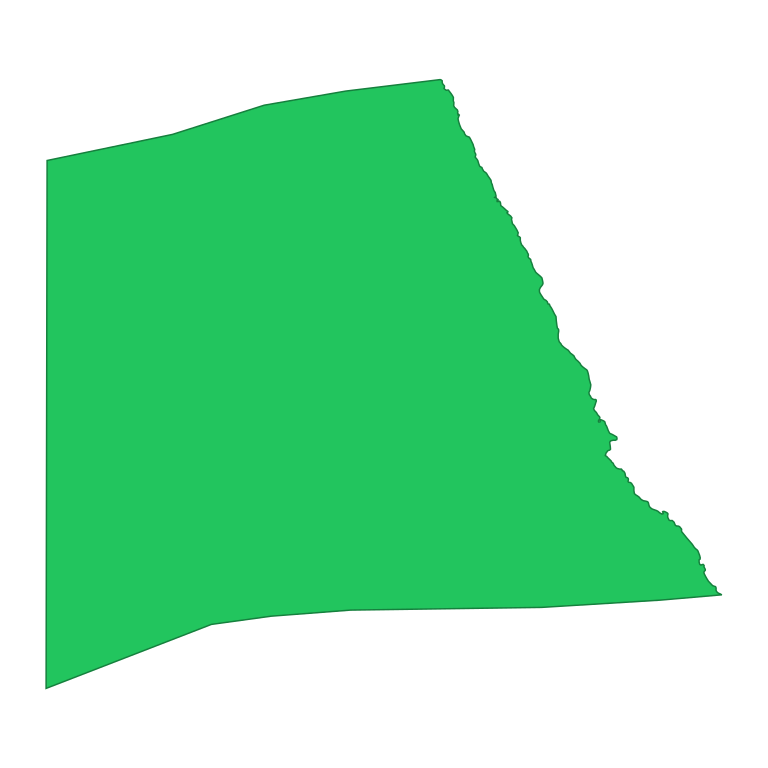 outline of Marsa Alam, Al Bahr al Ahmar, Egypt
{"feature_id": "37247803B19297711577028", "entity_name": "Marsa Alam", "entity_type": "district", "adm_level": 2, "iso_a3": "EGY", "parent_name": "Egypt", "parent_adm1": "Al Bahr al Ahmar", "projection": "orthographic", "projection_center": [35.034, 24.707], "detail": "fine", "context": "isolated", "style": "filled", "palette": "green", "viewbox_px": 768, "rotation_deg": 0, "n_neighbors": 0, "source": "geoboundaries", "source_scale": "gbopen_adm2", "svg_char_len": 4550}
<svg xmlns="http://www.w3.org/2000/svg" viewBox="0 0 768 768"><path d="M721.9,594.8L721.4,594.6L720.2,593.9L718.9,593.4L717.4,592.5L716.4,591.1L716.0,590.2L716.1,588.8L716.0,587.7L715.7,586.9L715.2,586.5L714.1,586.2L712.6,585.6L708.4,581.2L706.8,578.6L705.5,576.3L704.2,573.7L703.9,572.6L704.2,571.4L705.2,570.5L705.3,569.3L704.7,568.3L704.0,566.8L704.1,565.4L703.1,564.4L702.0,564.6L701.0,565.1L699.7,564.3L699.5,563.5L699.1,562.2L699.1,559.8L700.1,559.1L700.2,557.6L699.6,555.3L697.9,550.9L697.0,549.8L695.7,548.8L694.4,547.5L692.2,544.2L689.7,541.3L687.0,538.2L683.5,533.9L681.7,531.7L681.5,530.7L681.6,529.2L681.0,528.4L679.8,526.9L678.9,526.3L678.3,526.1L677.5,526.0L676.7,526.1L675.3,525.2L674.8,524.1L674.2,522.5L673.6,521.7L672.1,520.5L670.1,520.6L669.0,520.0L668.5,518.9L667.7,517.2L667.7,516.4L667.7,515.2L668.0,514.0L667.5,513.1L666.0,512.2L664.5,511.5L663.1,511.4L662.8,511.6L662.6,511.8L663.1,512.8L663.2,513.6L662.8,513.9L661.6,513.9L659.7,512.8L657.8,511.2L656.4,510.5L654.1,509.7L652.2,509.0L650.8,508.0L649.5,506.7L649.0,505.4L648.4,502.9L648.0,502.1L647.1,501.5L645.5,501.1L643.4,500.7L642.1,500.0L641.2,499.5L638.9,496.9L637.3,495.8L635.7,494.8L634.4,493.6L633.9,490.6L633.9,487.2L631.5,483.3L630.3,482.5L628.5,482.2L628.0,481.4L628.4,479.8L628.2,478.5L627.6,477.8L625.9,477.2L625.4,475.7L625.1,473.8L624.7,472.7L623.7,471.2L622.4,470.7L621.9,469.6L621.4,469.1L620.5,469.1L619.7,469.1L617.4,468.5L616.2,467.8L614.1,465.4L613.1,463.2L611.6,462.0L611.3,461.2L610.9,460.7L607.8,457.7L606.8,456.5L605.3,455.6L605.8,453.9L606.0,453.1L606.9,452.0L607.7,450.8L608.8,450.3L609.7,450.1L610.5,449.2L610.3,446.6L609.9,444.0L609.7,442.5L610.1,441.4L611.2,440.7L613.4,440.2L615.2,440.3L616.8,439.6L617.0,438.2L616.6,436.9L615.9,436.5L612.6,434.6L609.7,433.3L608.2,430.5L607.8,429.3L606.6,426.2L605.6,424.7L604.8,421.8L604.1,421.2L602.8,420.5L601.4,419.9L600.3,419.7L600.0,420.1L600.3,421.3L599.9,422.0L598.6,422.0L598.4,421.0L598.9,419.9L599.6,418.9L599.9,417.8L599.6,416.9L597.6,414.7L596.4,412.5L595.0,411.1L594.1,409.9L593.6,408.6L594.7,406.1L595.8,402.5L596.3,401.1L596.2,400.0L595.6,399.5L594.5,399.6L592.7,399.1L591.2,397.9L590.5,396.3L589.3,394.6L588.9,392.6L589.8,390.5L590.4,388.0L590.6,386.7L590.8,384.8L590.0,381.9L589.2,379.3L588.7,375.8L588.1,373.1L587.4,370.9L586.7,369.8L585.2,368.8L582.5,366.7L581.1,365.3L579.9,363.2L577.8,361.0L576.0,359.5L574.8,357.7L573.9,355.8L572.3,354.5L570.5,353.2L569.1,351.4L568.3,350.3L566.7,349.3L564.3,347.6L562.8,346.3L561.6,345.1L560.9,343.7L559.3,341.9L558.9,340.7L558.2,338.1L558.2,334.2L558.7,331.1L558.6,329.6L558.1,328.8L557.4,328.2L556.9,325.5L556.3,320.7L556.0,316.6L554.4,313.9L552.7,310.4L551.6,308.3L549.9,305.7L549.4,304.2L548.1,304.0L547.6,302.7L547.3,301.8L546.1,300.5L543.8,299.1L540.7,294.3L539.5,292.1L539.4,289.6L540.4,287.5L541.5,286.1L542.6,284.6L543.0,283.2L542.7,281.3L542.3,279.5L541.9,277.9L540.5,276.4L539.2,275.3L536.6,273.1L535.7,272.2L534.2,269.4L533.1,267.7L532.2,264.5L531.5,262.5L530.9,261.3L530.8,259.9L530.4,259.1L529.4,258.6L528.3,257.2L528.0,256.3L528.4,255.4L528.3,254.2L527.5,252.9L527.1,251.9L526.6,250.8L526.1,250.3L524.8,248.5L523.5,247.2L522.7,245.9L521.7,244.9L520.8,242.6L520.3,240.3L520.3,237.7L519.8,237.1L517.5,235.6L517.8,234.6L518.1,233.1L518.2,232.8L516.8,229.8L514.4,225.8L512.4,223.6L512.0,221.5L511.5,219.3L511.9,217.8L510.6,216.0L509.4,215.1L508.4,214.3L507.5,213.6L507.0,212.8L507.8,212.2L507.9,211.5L506.3,210.3L503.0,207.3L500.8,205.6L500.5,202.9L499.9,201.5L499.1,201.1L498.1,201.6L497.1,201.5L497.1,200.5L498.1,199.8L497.9,199.4L496.8,198.8L496.3,197.8L494.8,197.4L495.1,197.1L496.1,196.2L495.2,192.5L493.9,190.5L492.8,187.0L492.2,184.5L491.4,182.8L491.0,180.3L489.8,178.5L488.1,176.1L486.4,173.2L485.1,172.2L483.7,171.2L482.4,168.9L481.9,167.5L479.8,166.4L478.8,164.0L477.8,160.6L477.0,159.3L475.2,157.1L475.8,154.8L475.5,153.6L475.0,152.9L474.4,151.3L474.7,149.3L473.7,146.8L473.1,144.5L470.8,139.7L469.4,137.2L466.1,135.9L464.7,134.0L464.1,132.1L462.6,130.4L461.2,128.8L459.6,124.8L458.6,121.5L458.0,118.7L458.7,116.5L459.3,115.1L458.6,114.3L458.0,114.7L457.6,113.0L457.9,111.6L457.4,110.0L454.5,107.3L453.7,105.7L453.9,102.6L453.3,100.8L453.4,97.4L452.3,95.4L451.0,93.5L449.8,91.9L449.2,91.2L448.5,90.1L447.3,90.1L446.3,90.3L445.1,89.5L444.0,88.5L444.5,87.0L444.4,85.8L443.8,85.2L442.6,83.7L442.2,82.4L442.2,80.8L441.3,80.0L440.5,79.7L440.1,79.6L345.6,91.1L264.2,105.2L172.5,134.4L47.1,160.5L46.1,688.4L211.4,624.4L271.0,616.2L350.4,610.1L541.5,607.4L660.6,600.1L721.9,594.8Z" fill="#22c55e" stroke="#15803d" stroke-width="1.5"/></svg>